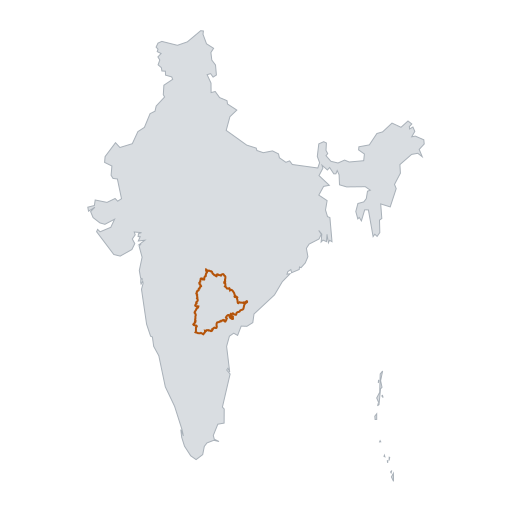 Telangana on a map of India (Equal Earth projection)
{"feature_id": "IND-20011", "entity_name": "Telangana", "entity_type": "State", "adm_level": 1, "iso_a3": "IND", "parent_name": "India", "parent_adm1": "", "projection": "equal_earth", "projection_center": [78.948, 17.86], "detail": "fine", "context": "in_parent", "style": "outline", "palette": "amber", "viewbox_px": 512, "rotation_deg": 0, "n_neighbors": 0, "source": "natural_earth", "source_scale": "10m", "svg_char_len": 9405}
<svg xmlns="http://www.w3.org/2000/svg" viewBox="0 0 512 512"><path d="M87.8,207.2L94.4,205.5L95.2,200.0L107.0,202.4L115.1,198.5L117.7,201.2L121.5,198.7L117.4,179.0L113.0,178.4L111.1,175.3L111.9,166.0L104.6,162.4L105.1,156.6L115.5,142.7L119.9,147.5L132.3,143.7L137.9,131.6L144.4,127.4L150.1,113.6L155.0,111.2L156.2,106.0L164.6,97.0L163.3,94.7L163.9,85.2L172.7,79.3L171.7,76.9L165.5,75.1L165.4,71.2L161.9,71.0L161.4,67.7L158.1,64.8L159.8,60.0L157.9,56.9L161.1,53.5L157.2,51.6L158.0,49.2L156.1,47.1L158.0,43.1L161.8,41.4L177.4,45.3L187.3,41.9L200.7,30.7L203.4,31.0L203.0,34.3L206.5,43.8L213.6,48.3L210.9,52.5L211.8,60.1L215.5,65.0L216.4,75.0L213.1,77.1L210.6,73.6L207.1,74.7L211.0,83.1L211.1,92.6L215.2,91.5L219.6,97.6L227.0,100.7L227.5,104.0L236.8,110.1L229.9,116.7L226.2,130.4L246.7,145.1L256.2,148.1L256.9,150.5L263.3,152.7L272.5,150.9L278.5,153.9L279.4,157.8L285.9,162.3L289.6,160.9L292.3,164.5L317.8,168.0L319.6,162.7L317.3,156.4L318.8,143.9L323.7,141.7L326.4,143.0L326.0,150.4L327.7,153.6L326.0,155.7L330.9,161.3L338.0,163.0L344.6,160.1L349.2,162.0L363.7,160.7L364.4,154.0L358.6,149.9L358.9,146.8L369.3,144.9L376.9,133.5L382.6,131.9L392.0,123.1L401.0,127.3L408.0,121.0L411.8,124.0L409.3,126.6L409.6,129.0L412.9,127.0L414.8,131.4L411.7,136.8L415.3,136.1L423.8,139.8L424.2,144.0L419.2,149.4L422.2,156.7L417.8,153.3L411.6,154.4L399.9,164.6L400.4,173.2L394.5,184.4L396.2,188.6L390.2,206.9L380.7,203.9L381.8,218.5L379.5,220.1L379.8,232.6L377.1,236.4L374.8,234.2L373.1,236.6L368.4,209.9L364.7,209.8L361.4,220.9L359.2,217.4L357.8,218.9L355.8,211.5L357.9,203.5L363.8,201.9L366.3,198.6L367.5,191.2L370.3,190.2L365.3,186.7L346.6,186.9L339.5,184.8L339.1,174.8L337.2,170.6L335.9,173.8L333.8,173.8L329.6,167.5L327.4,170.0L322.0,165.2L322.9,168.2L319.0,175.6L329.3,185.3L323.6,186.4L318.8,195.1L327.1,200.6L325.5,210.0L327.5,216.6L329.9,217.6L332.0,241.7L329.6,240.3L328.4,242.8L327.0,234.3L326.5,241.6L323.0,240.1L321.1,242.0L321.8,234.1L318.7,230.4L321.3,234.3L319.0,239.0L309.1,244.1L306.4,248.3L307.9,256.7L305.3,262.9L301.0,267.7L299.5,267.0L299.2,269.5L291.6,272.7L290.8,269.6L287.8,271.6L287.0,274.2L290.1,273.7L282.3,281.7L274.5,294.9L254.0,314.0L252.8,322.6L246.9,326.3L241.2,326.1L237.6,335.4L233.7,333.2L229.4,336.2L226.6,346.4L229.7,372.0L227.9,368.3L226.7,370.0L230.1,374.0L222.4,407.1L224.2,409.0L224.1,423.1L217.8,424.2L213.3,435.4L214.3,439.2L219.0,441.5L213.8,440.3L207.0,442.9L204.3,446.4L202.7,454.6L196.1,459.6L190.7,455.8L184.5,446.2L181.7,437.3L180.8,429.6L183.4,435.9L182.0,429.6L174.6,406.3L165.3,386.8L158.8,355.7L153.7,346.4L152.4,337.0L150.6,336.2L146.6,324.2L141.5,289.3L143.1,283.3L142.7,281.2L141.1,284.1L140.7,282.4L140.9,278.9L142.9,279.3L140.6,277.9L139.3,270.5L142.1,257.2L139.1,246.1L140.4,244.6L139.0,244.7L144.9,240.2L138.3,241.0L140.2,236.7L138.1,236.6L138.5,233.7L141.5,232.6L134.2,232.0L135.2,234.8L132.3,239.0L134.8,243.6L131.9,249.5L120.2,256.1L113.8,254.5L96.6,231.7L97.6,229.4L100.1,231.8L110.8,227.3L114.6,219.2L104.9,224.3L99.9,222.9L93.1,217.6L90.6,211.6L94.9,207.2L88.5,211.2L87.8,207.2ZM379.1,403.5L376.7,398.0L379.7,392.3L380.2,374.0L382.6,371.0L380.6,380.7L382.0,387.3L380.5,388.9L379.1,403.5ZM393.4,473.3L393.5,481.3L391.4,476.9L393.4,473.3ZM376.7,419.4L375.1,419.5L374.8,416.2L376.7,413.8L376.7,419.4ZM387.8,460.6L387.7,462.9L387.3,460.8L387.8,460.6ZM389.7,457.4L389.1,460.5L389.2,457.2L389.7,457.4ZM391.8,470.5L391.1,472.9L390.6,472.0L391.8,470.5ZM380.7,441.8L379.6,441.9L380.1,440.7L380.7,441.8ZM378.7,404.7L377.6,405.9L378.1,403.9L378.7,404.7ZM382.5,395.4L383.1,397.6L381.8,395.9L382.5,395.4ZM384.9,456.8L384.0,456.4L384.4,455.2L384.9,456.8ZM378.8,380.6L378.3,383.0L378.5,380.4L378.8,380.6Z" fill="#d9dde1" stroke="#a8b0b8" stroke-width="1"/><path d="M196.8,294.7L196.9,294.2L196.3,293.5L196.3,293.3L196.7,292.9L196.8,292.8L196.8,292.2L197.0,291.8L196.9,291.6L197.5,290.7L198.3,290.6L198.5,290.4L198.7,290.1L198.7,289.7L198.7,288.9L198.8,288.6L199.1,288.4L199.6,288.4L200.0,287.2L200.3,286.7L200.7,286.4L200.8,286.4L201.1,286.3L201.1,286.0L201.0,285.9L200.3,285.1L200.3,284.5L199.9,284.4L199.9,284.0L199.8,283.9L199.5,283.9L199.4,283.8L199.3,282.9L199.3,282.7L199.6,282.5L199.9,282.0L200.3,281.7L200.2,281.1L200.5,280.0L200.9,279.4L200.9,279.2L200.6,279.0L200.6,278.9L200.9,278.6L201.1,278.4L201.3,278.4L201.8,278.5L202.1,278.5L202.5,279.2L202.8,279.5L203.4,279.4L203.7,279.5L204.2,279.5L204.3,279.2L204.3,278.9L204.2,278.0L204.3,277.7L204.5,277.3L204.7,276.7L204.9,276.4L205.5,276.3L205.6,276.2L205.8,276.0L205.8,275.7L205.8,274.9L205.8,274.5L206.1,273.8L206.1,273.5L206.4,273.1L206.8,272.7L207.0,272.3L206.9,272.0L206.8,271.9L206.6,271.8L206.5,271.6L206.1,270.4L206.0,270.0L206.1,269.5L206.7,269.9L207.1,270.6L207.8,271.0L208.0,270.9L208.2,270.7L208.5,270.6L208.9,270.8L209.3,270.7L209.5,270.7L210.2,271.1L210.6,271.4L211.4,271.3L211.7,271.6L212.1,272.0L212.5,273.4L213.1,273.8L213.2,274.1L213.7,274.4L213.8,274.6L214.1,274.8L214.2,275.0L214.3,275.1L214.5,275.0L214.8,275.2L215.2,275.2L215.4,275.5L215.8,275.7L216.0,276.1L216.3,276.3L216.5,276.3L216.6,276.1L216.5,275.9L216.6,275.7L216.8,275.3L216.9,275.2L216.9,274.8L217.0,274.5L217.2,274.3L218.1,274.5L218.3,274.6L218.6,275.0L218.8,275.1L220.4,275.2L220.5,275.3L220.7,275.5L220.8,275.6L221.0,275.6L221.1,275.4L221.2,275.2L221.2,274.9L221.3,274.7L221.5,274.6L222.4,274.3L222.5,274.2L223.4,274.2L224.0,275.0L224.2,275.6L225.0,276.0L225.3,276.5L225.4,276.9L225.4,277.3L225.3,278.1L225.3,278.7L225.2,279.1L225.0,279.3L225.0,279.5L225.0,280.3L225.2,281.0L224.9,281.2L224.6,281.5L224.3,281.9L224.2,282.4L224.2,282.9L224.4,283.0L225.1,282.8L225.2,283.1L225.3,284.2L225.4,284.7L225.4,285.5L225.4,285.8L224.9,286.4L225.5,286.9L225.9,287.1L226.6,287.9L226.8,288.4L226.9,288.5L227.9,288.6L228.7,288.5L229.1,288.2L229.3,288.2L229.4,288.4L229.6,288.7L229.6,289.4L229.9,289.9L230.0,290.2L230.3,289.8L230.5,290.1L231.4,289.9L231.6,289.9L231.8,290.0L232.0,290.3L232.4,290.6L232.8,291.0L234.1,293.0L234.2,293.3L234.4,294.0L234.7,294.8L235.0,295.5L235.0,295.9L234.7,296.1L234.5,296.3L234.5,296.6L234.6,296.8L234.8,297.0L235.3,296.9L235.5,296.2L235.9,296.3L236.0,296.5L236.0,297.1L236.1,297.3L236.4,297.4L237.0,297.1L237.3,297.4L237.0,297.9L237.0,298.2L237.0,298.5L237.1,299.1L237.5,300.2L237.6,302.1L237.8,302.7L237.9,303.0L238.1,303.1L238.3,303.2L239.4,302.3L239.6,302.2L240.4,302.6L240.7,302.7L241.5,302.6L242.4,302.7L243.4,303.0L243.6,302.8L243.7,302.4L243.8,302.4L244.0,302.4L244.4,302.7L244.6,302.8L244.9,302.6L245.3,302.1L245.5,302.0L245.9,301.9L246.1,301.8L246.5,301.2L247.0,301.3L247.1,301.8L247.0,302.2L245.2,303.4L244.6,304.3L244.1,305.4L244.0,306.1L243.4,308.8L242.6,309.6L241.2,310.0L240.3,310.4L239.5,311.6L238.5,312.0L237.7,312.1L237.0,312.5L236.5,313.1L236.4,313.6L236.3,314.1L236.1,314.7L235.8,314.8L234.5,314.5L233.9,314.3L233.5,313.7L232.9,313.3L232.3,313.5L231.9,313.8L231.8,314.6L231.5,315.0L231.2,315.0L230.6,314.3L230.5,314.6L230.5,315.2L230.4,315.7L230.5,315.9L231.6,316.6L232.2,316.3L232.6,316.4L232.9,316.6L233.0,317.0L232.6,317.8L232.7,318.1L233.0,318.5L233.0,318.8L232.6,319.0L231.9,318.9L231.2,318.4L230.6,318.1L230.1,317.7L229.8,317.3L229.5,316.5L229.2,315.6L228.9,315.2L228.5,315.0L228.2,315.0L227.7,315.2L226.8,316.0L226.4,316.6L226.1,317.1L225.9,317.6L226.8,318.4L226.5,319.0L226.4,319.7L226.3,319.9L226.2,320.1L225.6,321.1L225.4,321.5L224.9,321.5L224.8,321.4L224.5,320.3L224.3,320.2L223.9,320.5L223.7,320.2L223.2,319.9L223.0,320.0L222.7,320.4L222.6,320.5L222.1,320.5L221.6,320.8L221.1,320.8L221.0,321.2L220.8,321.2L220.6,321.5L220.4,321.5L220.2,321.3L219.7,321.4L219.0,322.1L218.0,322.2L217.2,322.4L217.0,322.7L216.6,323.6L216.6,324.0L216.5,325.3L216.8,326.3L216.6,327.6L216.4,327.9L216.2,328.0L215.9,328.0L215.6,327.9L215.3,327.8L215.1,327.9L214.5,327.6L214.3,327.6L213.1,328.5L212.9,329.1L212.8,329.3L212.6,329.3L212.3,329.1L212.2,329.1L212.1,329.3L212.1,329.5L212.2,330.2L212.1,330.5L211.9,330.8L211.5,331.0L211.2,331.1L210.8,331.1L210.3,330.8L209.9,330.5L209.8,330.4L209.6,330.4L209.0,330.6L208.8,330.6L208.5,330.5L208.2,330.1L207.6,330.2L206.9,330.2L206.6,330.3L206.3,330.7L206.2,330.6L205.9,331.1L205.7,331.2L205.0,330.9L205.1,331.5L204.9,332.0L204.9,332.3L204.6,332.7L204.3,333.0L203.9,333.2L203.8,333.3L203.7,333.5L203.6,334.0L203.3,334.3L201.5,333.2L201.1,333.0L200.9,332.9L200.5,333.2L200.3,333.2L199.6,333.3L199.1,333.2L198.0,333.2L197.8,333.1L197.1,332.7L196.0,332.5L195.5,332.3L195.8,331.8L195.9,331.5L195.9,330.8L196.0,329.8L195.9,328.9L196.0,328.0L196.0,327.4L196.2,327.1L196.6,326.7L196.8,326.5L196.8,326.2L196.5,325.8L196.1,325.5L194.9,325.4L193.7,325.0L193.3,324.4L193.5,324.1L194.6,323.2L194.8,322.5L195.3,322.2L195.5,321.3L195.4,321.1L195.1,321.2L195.2,320.9L195.5,320.5L195.4,320.3L195.1,320.0L195.1,319.7L195.2,319.1L195.2,318.9L195.4,318.7L195.4,316.3L195.8,315.1L195.8,314.9L195.4,314.0L195.3,313.3L195.2,313.2L194.7,313.0L194.6,312.8L194.6,312.4L194.7,312.0L196.2,309.6L196.4,308.8L196.5,308.7L196.9,308.5L197.0,308.4L197.2,308.0L197.4,307.8L198.0,307.6L198.4,306.5L198.4,306.4L198.0,306.4L197.6,306.7L197.4,306.8L197.3,306.7L197.2,306.3L196.6,306.4L196.1,306.3L195.7,306.0L195.3,305.8L195.2,305.5L195.6,304.5L195.8,304.2L196.0,303.9L196.4,303.7L196.6,303.5L196.6,303.1L196.2,302.6L196.3,302.2L196.5,301.9L196.9,301.7L197.6,300.8L197.7,300.5L197.7,299.8L197.5,299.0L197.0,298.5L196.9,298.3L197.0,298.1L197.1,297.9L197.4,297.8L197.4,297.6L197.3,296.8L197.0,295.9L197.1,295.6L197.2,295.2L197.2,294.9L196.8,294.7Z" fill="none" stroke="#b45309" stroke-width="2"/></svg>